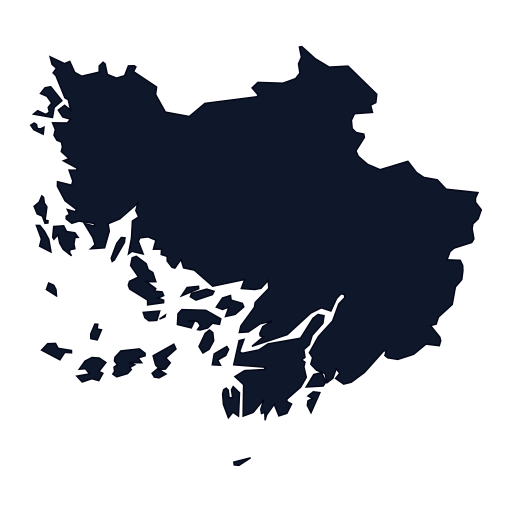 Finland Proper, orthographic projection
{"feature_id": "FIN-3191", "entity_name": "Finland Proper", "entity_type": "Region", "adm_level": 1, "iso_a3": "FIN", "parent_name": "Finland", "parent_adm1": "", "projection": "orthographic", "projection_center": [22.144, 60.47], "detail": "fine", "context": "isolated", "style": "filled", "palette": "ink", "viewbox_px": 512, "rotation_deg": 0, "n_neighbors": 0, "source": "natural_earth", "source_scale": "10m", "svg_char_len": 5971}
<svg xmlns="http://www.w3.org/2000/svg" viewBox="0 0 512 512"><path d="M335.6,378.4L339.7,373.3L336.2,368.7L332.9,378.2L327.0,382.7L325.0,373.5L316.5,370.2L310.8,364.2L312.6,357.6L309.4,352.7L318.4,336.6L332.6,321.0L338.8,304.0L344.8,297.6L344.4,294.5L341.0,293.8L336.7,298.3L330.9,311.0L321.3,307.8L310.7,313.1L287.3,334.6L252.0,346.3L263.4,336.8L260.1,335.9L259.8,333.3L262.8,326.6L272.4,321.0L260.2,323.8L248.3,331.9L239.3,332.5L240.9,325.9L254.3,307.5L255.2,302.5L268.8,288.4L268.2,280.4L261.0,288.3L254.7,289.5L241.3,288.5L244.7,279.5L212.7,286.2L194.3,270.1L183.6,267.9L181.0,259.4L174.9,268.1L172.0,267.3L167.2,261.0L167.2,256.4L161.2,254.5L161.5,249.2L153.4,249.2L155.9,240.2L148.1,236.9L139.9,237.9L138.3,241.3L143.2,254.0L131.9,251.3L128.5,253.9L131.5,238.0L132.4,221.0L138.7,216.9L135.8,210.6L137.9,203.1L119.8,218.9L108.1,223.7L109.3,231.1L104.6,247.8L90.7,248.8L95.0,244.6L92.7,237.3L84.3,223.5L94.3,226.1L94.4,223.5L79.0,221.1L71.8,223.3L66.2,218.9L66.2,216.3L69.5,214.3L67.3,209.5L75.2,211.7L76.5,209.5L65.0,200.7L57.4,186.3L57.5,181.7L71.6,185.2L72.8,181.0L69.0,170.1L76.9,170.2L76.9,168.1L63.4,160.8L69.1,158.6L61.3,151.6L62.4,146.9L61.4,142.1L56.9,140.2L54.0,135.3L55.3,129.5L52.5,122.8L67.2,123.0L70.6,119.2L62.8,117.0L58.3,110.1L64.6,105.3L70.7,110.2L68.2,99.7L64.9,97.8L55.9,75.6L53.1,72.9L56.5,68.2L52.1,64.4L50.1,56.8L64.5,63.6L69.8,61.4L74.7,72.4L81.7,76.2L99.2,72.1L99.2,66.0L103.1,62.2L105.1,63.9L107.3,74.4L116.5,78.1L124.6,75.7L128.4,65.9L134.2,65.7L135.9,66.9L133.5,71.6L156.6,87.0L155.6,94.5L165.4,112.1L189.3,116.5L204.9,103.4L256.6,96.8L258.4,95.3L252.1,87.9L257.9,82.4L282.9,83.2L295.6,78.6L299.9,73.1L298.5,63.8L301.4,57.2L299.4,47.0L301.8,46.6L315.2,58.7L329.2,67.1L348.0,66.1L376.8,94.3L375.8,102.6L370.6,105.2L372.5,112.4L354.5,113.7L351.4,120.3L352.2,128.6L356.1,132.5L363.8,134.1L364.4,137.4L355.9,150.9L358.3,156.3L367.5,164.3L380.1,169.7L407.9,161.3L416.5,172.5L423.8,177.4L437.3,179.8L446.1,189.2L478.0,192.6L475.5,198.0L475.5,202.3L481.3,209.8L478.1,218.9L472.9,223.9L472.1,228.7L473.9,238.9L471.7,242.5L454.1,248.1L450.0,251.6L447.0,259.8L460.2,260.3L462.7,265.5L462.9,270.7L461.8,279.5L455.4,287.0L452.2,304.5L438.5,317.0L436.1,324.2L430.5,325.5L439.8,337.1L440.7,340.7L439.3,345.7L426.0,344.1L413.6,354.3L397.8,359.4L387.7,357.8L384.9,355.5L386.1,351.1L383.8,350.8L364.5,372.4L351.3,382.2L343.7,384.1L335.6,378.4ZM300.5,338.2L313.0,318.3L318.0,314.5L324.0,315.7L322.9,323.3L312.2,335.3L309.3,344.7L303.8,349.6L305.0,357.4L301.5,359.9L305.0,362.2L303.9,366.8L306.3,377.3L300.7,387.1L286.9,399.2L286.9,401.5L291.6,404.0L286.9,413.3L278.9,415.9L274.2,404.2L266.5,415.1L265.1,420.3L264.8,412.4L261.5,413.5L260.8,409.4L263.8,399.4L253.2,412.4L243.1,416.1L243.6,384.6L234.9,376.6L244.6,370.6L264.8,369.5L264.8,367.2L233.7,364.8L239.1,340.6L244.0,339.4L239.6,351.7L242.2,353.3L259.0,349.9L268.0,343.9L300.5,338.2ZM163.6,302.7L147.6,304.9L147.6,300.1L129.7,289.0L128.3,285.2L129.5,281.3L138.5,277.0L130.6,265.5L132.2,257.8L136.3,256.3L146.2,263.7L148.2,269.7L152.8,272.5L155.8,281.7L146.5,281.7L155.8,288.6L154.4,291.1L162.2,291.9L163.7,295.6L157.9,298.1L163.7,300.2L163.6,302.7ZM181.9,309.6L205.8,310.3L220.8,318.8L219.5,324.4L212.5,323.2L207.7,328.0L200.1,330.0L197.6,329.6L200.3,325.7L198.1,322.1L194.3,320.5L187.6,321.3L194.4,321.3L191.3,327.9L177.4,324.5L178.0,313.7L181.9,309.6ZM120.9,350.9L139.4,348.9L145.1,353.3L145.1,355.8L138.1,357.9L141.7,362.7L128.9,362.7L134.7,364.8L129.7,367.5L131.3,369.6L127.5,373.6L116.8,376.8L112.8,374.1L114.6,371.4L114.0,367.2L117.3,364.7L114.4,360.9L115.0,357.2L120.9,350.9ZM79.3,369.2L85.0,361.1L91.9,357.5L99.2,358.0L105.9,362.5L98.9,371.5L102.9,373.3L98.8,380.6L91.9,378.7L82.2,382.0L76.8,376.1L89.6,373.9L85.4,368.7L79.3,369.2ZM63.7,225.8L66.5,231.5L74.9,232.8L78.2,237.4L75.1,237.4L73.9,243.8L74.9,248.7L70.0,249.7L69.5,252.4L71.5,255.8L63.2,249.3L59.7,243.1L58.0,234.7L53.9,239.3L52.7,237.3L53.7,226.5L63.7,225.8ZM232.6,397.5L231.5,389.7L233.2,386.6L239.5,392.8L238.5,416.1L232.9,412.2L228.4,417.8L223.4,404.4L222.6,394.0L223.6,389.8L226.2,388.1L228.3,390.2L229.1,397.9L232.6,397.5ZM52.5,117.5L33.5,114.1L37.7,110.7L45.7,114.4L49.4,112.2L48.2,107.4L51.7,103.1L47.0,96.3L40.5,93.5L45.0,87.8L50.7,86.7L61.9,100.7L54.2,107.4L52.5,117.5ZM228.9,307.0L222.6,309.5L216.3,307.1L222.5,298.0L230.5,295.5L231.1,300.1L242.4,303.4L243.8,306.9L235.1,314.4L225.5,316.5L228.9,307.0ZM173.8,344.2L176.0,349.0L165.8,358.0L170.3,362.8L165.5,369.0L160.2,369.6L155.6,365.0L153.1,355.8L173.8,344.2ZM55.5,343.4L58.1,348.3L71.5,350.5L71.5,352.8L64.8,352.4L59.9,359.8L41.6,350.1L47.7,343.7L55.5,343.4ZM199.0,346.5L205.2,333.4L209.5,330.0L212.8,332.6L213.7,340.7L209.1,349.3L202.9,353.0L199.0,346.5ZM321.5,372.6L325.9,381.8L323.2,386.0L306.2,387.0L313.8,374.5L321.5,372.6ZM51.0,252.0L39.6,246.2L41.4,239.0L36.4,225.4L39.9,225.5L44.5,231.4L48.8,239.4L51.0,252.0ZM47.9,223.0L45.0,223.3L42.3,216.1L37.2,213.9L34.1,206.3L39.1,202.2L41.8,195.9L43.6,197.4L44.3,202.9L46.9,206.9L45.1,220.2L48.0,220.7L47.9,223.0ZM214.2,353.9L226.8,346.5L228.6,349.4L225.7,355.5L217.7,360.0L220.5,365.2L212.3,364.8L214.2,353.9ZM214.1,291.3L212.4,294.6L196.0,300.1L190.3,296.7L191.5,293.4L206.7,289.1L214.1,291.3ZM156.8,320.4L148.9,320.8L144.8,317.6L143.2,312.4L159.7,311.0L156.8,320.4ZM313.3,391.8L319.9,392.6L311.0,412.7L307.3,405.3L308.0,400.8L312.7,398.5L307.9,396.0L313.3,391.8ZM124.4,242.4L114.3,260.0L112.2,261.5L111.2,258.2L116.7,243.5L121.3,237.5L125.0,237.8L124.4,242.4ZM97.1,329.0L101.5,329.8L97.2,339.9L90.8,338.6L90.7,334.0L94.9,324.1L97.8,324.3L97.1,329.0ZM157.5,368.8L166.0,374.0L159.1,377.8L154.4,377.1L152.1,373.3L157.5,368.8ZM198.5,286.3L198.7,288.7L181.5,295.9L187.1,287.5L198.5,286.3ZM233.8,462.1L250.6,457.8L238.9,465.4L234.2,464.9L233.8,462.1ZM53.7,285.2L56.0,289.6L56.5,295.9L46.4,289.5L48.7,283.0L53.7,285.2ZM40.5,128.9L44.0,127.2L43.2,134.2L33.8,129.7L30.7,125.2L34.1,123.0L36.5,124.5L37.3,128.5L40.5,128.9ZM165.0,316.8L159.5,319.1L165.4,315.0L165.0,316.8Z" fill="#0f172a" stroke="#020617" stroke-width="1.5"/></svg>